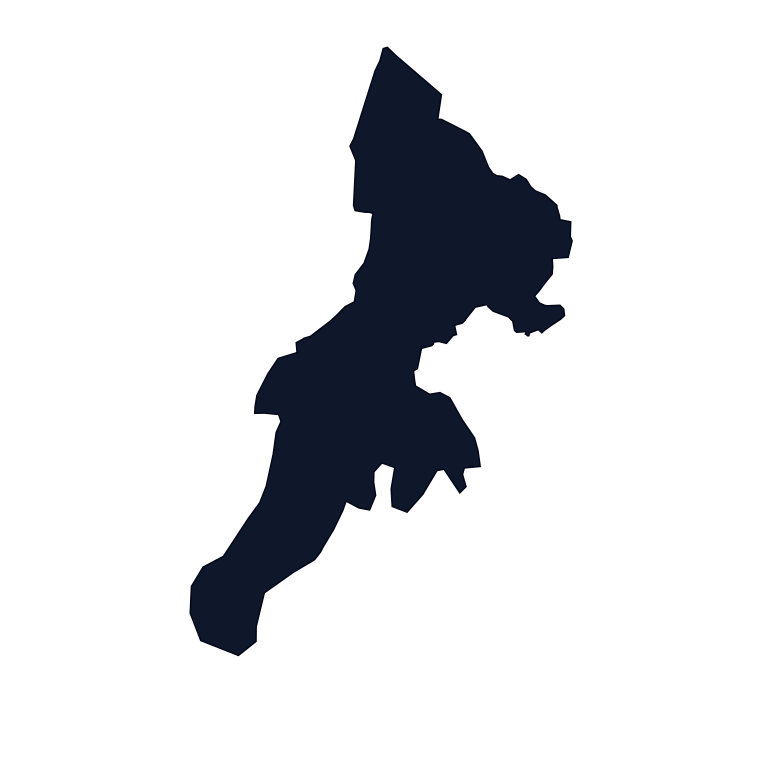 Itesiwaju, Oyo, Nigeria (orthographic projection), rotated 294°
{"feature_id": "59680162B74485110483501", "entity_name": "Itesiwaju", "entity_type": "district", "adm_level": 2, "iso_a3": "NGA", "parent_name": "Nigeria", "parent_adm1": "Oyo", "projection": "orthographic", "projection_center": [3.357, 8.23], "detail": "fine", "context": "isolated", "style": "filled", "palette": "ink", "viewbox_px": 768, "rotation_deg": 294, "n_neighbors": 0, "source": "geoboundaries", "source_scale": "gbopen_adm2", "svg_char_len": 2183}
<svg xmlns="http://www.w3.org/2000/svg" viewBox="0 0 768 768"><g transform="rotate(294 384 384)"><path d="M347.8,505.4L361.2,497.1L371.6,488.6L383.0,470.2L398.2,449.7L398.9,438.6L393.1,429.8L395.0,413.5L401.8,409.2L408.1,405.6L411.7,408.2L428.2,404.5L431.8,403.7L438.5,412.0L440.6,412.8L442.6,412.5L445.2,416.8L446.5,424.5L456.4,427.4L458.6,430.1L465.2,425.4L466.4,424.7L471.5,430.8L475.6,432.3L476.3,432.2L491.3,436.1L498.5,445.8L497.2,447.3L494.9,454.2L496.0,470.4L494.5,474.0L494.4,474.2L493.9,476.0L486.0,481.5L485.2,484.0L489.4,492.0L488.8,492.9L487.1,492.8L487.1,493.4L486.5,495.9L487.1,496.7L489.7,496.0L496.5,502.9L495.0,507.3L498.6,508.9L505.5,512.9L514.8,518.8L515.0,519.0L519.9,521.1L525.7,517.6L527.5,512.7L522.0,501.6L521.2,498.9L521.2,493.2L525.4,485.8L525.5,485.7L531.6,487.7L539.4,489.4L545.1,490.8L552.7,492.9L559.6,490.5L567.1,486.6L574.6,500.7L591.3,497.6L594.2,494.3L608.1,488.6L605.6,477.9L608.9,476.0L615.7,470.2L617.5,469.3L622.3,454.4L621.9,443.8L623.9,437.8L628.8,430.6L630.0,421.8L621.7,416.2L621.8,407.6L620.1,402.3L620.7,397.5L624.5,391.3L636.6,378.8L647.3,360.3L647.7,356.1L649.1,328.8L647.7,325.4L671.6,318.8L674.4,309.6L688.9,261.2L692.9,250.1L690.1,246.9L677.5,248.8L666.7,248.5L595.6,256.6L587.4,256.2L577.1,267.0L576.8,267.1L576.6,267.4L534.7,283.6L530.7,287.1L533.1,296.3L535.0,301.2L535.4,304.7L530.4,305.7L527.2,306.7L522.2,308.7L511.5,312.7L501.1,315.6L486.2,316.7L472.3,313.3L463.5,315.0L458.1,320.6L447.0,323.5L438.9,317.1L427.5,312.8L419.5,309.3L397.6,297.4L393.1,292.1L392.5,292.0L390.8,290.8L386.1,287.0L377.3,291.8L364.3,276.9L346.5,273.8L322.0,272.5L311.0,275.4L304.7,277.8L308.8,286.6L313.3,300.1L307.9,305.2L295.9,305.2L274.6,311.4L242.8,318.0L225.0,318.8L206.5,314.8L161.2,307.4L143.2,293.2L120.8,290.4L95.8,300.2L75.1,321.0L76.8,361.4L96.8,371.8L110.3,365.9L144.6,359.6L175.5,378.0L195.2,392.0L205.0,394.4L209.9,394.6L230.3,397.1L251.5,397.8L261.6,397.0L260.6,411.6L263.1,422.1L278.9,421.6L290.2,414.4L299.6,410.5L311.0,414.2L312.1,427.8L290.9,433.3L275.5,441.3L276.3,457.2L299.0,464.3L326.5,467.6L330.6,473.5L315.4,497.5L323.6,500.7L333.3,492.5L340.0,491.5L347.8,505.4Z" fill="#0f172a" stroke="#020617" stroke-width="1.5"/></g></svg>